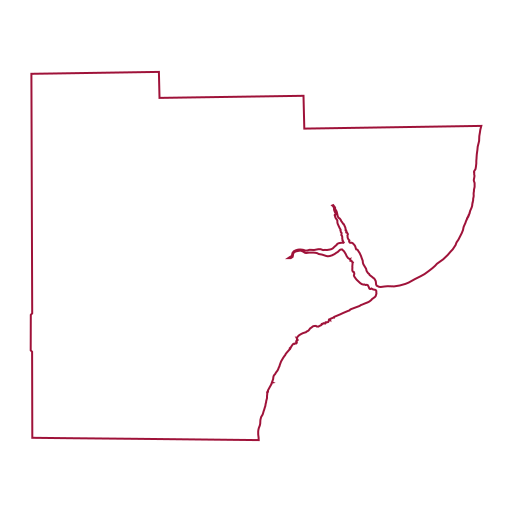 Corpen Aike, Santa Cruz, Argentina
{"feature_id": "61730980B24902089769894", "entity_name": "Corpen Aike", "entity_type": "district", "adm_level": 2, "iso_a3": "ARG", "parent_name": "Argentina", "parent_adm1": "Santa Cruz", "projection": "orthographic", "projection_center": [-68.391, -49.985], "detail": "fine", "context": "isolated", "style": "outline", "palette": "rose", "viewbox_px": 512, "rotation_deg": 0, "n_neighbors": 0, "source": "geoboundaries", "source_scale": "gbopen_adm2", "svg_char_len": 6016}
<svg xmlns="http://www.w3.org/2000/svg" viewBox="0 0 512 512"><path d="M31.4,73.8L32.2,313.3L30.8,314.9L30.7,350.3L32.1,351.8L32.3,437.8L69.2,438.2L134.6,438.8L258.7,440.1L258.6,437.7L258.2,434.4L258.2,431.4L258.4,429.8L258.8,428.1L259.8,425.5L260.2,423.7L260.4,420.0L260.7,418.7L261.2,416.9L262.5,414.8L262.9,413.8L263.6,411.3L264.2,409.6L264.9,407.2L265.3,406.1L265.7,403.6L266.1,402.3L266.2,401.1L267.0,398.1L267.0,396.1L267.3,393.6L267.2,393.4L267.3,392.6L267.2,392.4L267.5,392.2L267.3,392.0L267.4,391.9L268.0,391.5L267.9,390.6L268.0,390.5L268.0,390.3L268.5,389.4L269.8,387.0L271.1,384.7L271.3,384.1L271.5,384.0L271.8,382.8L272.1,382.6L272.6,382.5L272.0,382.2L273.1,379.2L273.4,376.9L273.7,375.9L274.1,375.2L275.1,374.1L276.0,372.5L277.4,370.7L278.1,369.4L278.8,367.5L279.4,366.4L279.8,364.9L281.1,361.4L283.2,357.8L284.5,355.9L285.1,355.3L285.5,354.3L286.6,352.8L289.5,349.5L290.0,349.1L290.1,348.9L290.2,348.7L289.9,348.7L290.0,348.2L289.9,348.1L291.2,346.8L291.7,345.9L292.9,344.3L293.4,343.9L294.2,343.6L294.6,343.9L296.1,343.0L296.3,343.0L296.4,343.4L297.0,343.7L296.7,343.3L296.7,342.6L296.8,342.3L296.3,342.1L296.2,341.6L296.2,341.2L296.5,341.0L296.8,340.5L297.1,340.3L296.9,340.0L297.0,339.5L297.3,339.7L297.3,339.9L297.6,339.8L297.4,339.4L297.2,339.4L297.0,339.2L297.0,338.6L296.9,338.4L297.1,338.5L296.7,338.0L296.8,337.7L298.7,335.6L299.5,335.0L301.2,334.0L302.8,333.2L304.6,332.6L306.0,332.2L306.6,331.5L307.5,331.2L308.4,330.6L309.4,329.5L309.9,328.6L311.5,327.5L313.0,326.3L314.2,326.0L315.9,325.9L316.7,326.5L318.4,326.6L319.3,326.0L321.1,325.2L321.4,324.8L321.5,324.3L321.7,324.0L322.4,324.2L322.9,323.8L323.2,323.3L323.5,323.2L324.0,323.2L324.7,323.5L325.3,323.5L325.6,323.1L325.5,322.6L325.6,322.3L326.0,322.2L326.5,322.3L327.6,322.2L328.2,322.0L328.7,321.2L328.9,319.8L329.0,319.5L329.5,319.5L329.8,319.7L330.2,320.0L330.1,319.2L330.2,318.9L333.6,317.5L334.0,317.6L334.1,317.3L334.0,317.1L334.1,316.9L340.1,314.4L343.1,313.0L347.8,311.0L349.5,310.4L350.0,309.7L350.5,309.5L350.7,309.3L351.1,309.1L359.7,305.9L360.6,305.2L368.5,302.0L369.5,301.4L371.3,300.0L371.9,299.2L374.9,297.0L375.7,296.0L376.4,293.7L376.4,293.1L376.3,292.3L376.3,291.0L376.0,290.4L375.5,289.9L373.0,289.4L371.4,288.5L370.6,289.0L370.0,289.0L369.3,288.5L368.7,286.9L367.8,285.2L366.8,284.8L365.5,285.0L364.5,284.5L363.5,284.6L361.7,284.1L360.1,283.0L356.7,279.8L355.8,278.7L354.2,276.4L353.9,275.2L354.0,274.9L354.2,274.5L354.3,273.5L354.2,273.0L354.0,272.7L353.8,272.0L352.8,271.6L352.3,270.4L352.3,268.7L352.4,267.8L352.3,266.6L352.6,262.8L352.9,262.5L352.6,262.1L351.9,261.6L351.8,261.3L351.1,260.8L350.9,260.8L351.0,260.6L350.7,260.5L350.5,260.1L350.0,259.7L350.0,259.4L350.1,259.1L349.9,259.2L347.9,257.9L346.6,256.0L345.7,254.0L344.1,251.4L342.0,249.4L340.6,249.6L339.9,249.9L337.6,252.1L336.4,252.7L335.4,253.5L333.4,254.7L332.7,254.9L332.4,255.2L329.9,256.0L327.9,256.3L326.3,256.0L322.1,254.6L318.7,254.0L317.3,253.2L315.5,252.8L313.5,252.6L309.1,252.6L306.1,253.0L305.0,252.8L302.9,251.5L301.0,250.7L299.5,250.7L296.2,251.3L294.8,251.9L293.9,252.6L293.2,253.5L292.9,255.6L292.6,256.9L290.8,258.1L288.3,258.1L289.8,257.1L291.4,256.2L291.9,255.7L292.5,253.0L293.8,251.3L295.8,250.3L297.1,249.9L298.3,249.6L300.4,249.5L303.0,249.8L305.6,250.6L307.2,250.5L309.6,249.8L314.1,250.0L318.3,249.2L320.6,249.2L323.1,250.1L324.8,249.9L327.0,250.0L330.0,249.5L331.5,249.1L332.9,248.3L334.3,246.9L336.7,244.8L337.3,243.9L338.3,243.4L339.2,243.1L341.8,242.7L343.4,242.8L343.7,242.4L343.1,241.9L343.0,241.0L342.4,240.2L342.5,239.4L342.2,238.3L342.3,237.2L342.0,235.9L341.3,235.0L341.5,234.2L341.6,233.0L340.8,232.0L340.7,230.9L340.4,230.4L340.6,229.7L339.6,228.0L337.7,223.8L337.4,222.6L337.3,220.3L335.7,218.1L335.2,216.9L335.0,215.9L334.7,215.3L334.8,214.8L335.6,214.5L335.8,213.8L335.7,213.3L335.1,212.5L334.4,210.8L334.1,209.9L334.0,208.9L334.1,208.3L333.7,207.2L333.5,206.9L333.4,206.5L332.3,205.5L333.2,205.1L334.8,207.2L335.2,208.1L334.9,209.0L335.0,209.6L335.9,210.1L336.6,211.5L336.9,212.5L337.8,216.5L338.6,217.8L339.8,218.6L340.8,220.0L341.3,221.2L342.5,222.7L342.9,223.6L343.8,224.2L345.3,227.5L345.6,229.1L345.6,230.2L346.1,230.3L346.5,231.3L346.2,231.7L346.2,232.4L347.1,232.7L347.3,233.2L347.6,233.5L347.9,234.2L347.4,235.7L347.6,236.4L347.6,237.2L347.7,237.8L348.4,239.3L349.4,240.4L349.1,241.4L349.4,242.1L349.8,242.6L350.2,242.8L351.5,242.7L352.6,243.1L354.4,245.0L355.0,245.9L355.5,247.2L355.9,248.7L356.2,249.3L356.6,249.3L357.8,250.1L358.5,251.4L359.5,252.8L361.0,256.0L361.6,257.8L362.7,260.7L362.9,262.8L363.4,264.3L366.1,268.8L366.5,270.7L367.1,271.8L368.2,273.3L369.1,273.9L369.6,275.0L372.5,277.2L373.1,277.8L374.2,278.5L375.1,279.9L375.7,281.1L375.9,282.3L376.1,284.5L376.7,285.7L379.0,286.8L380.7,287.0L384.4,286.5L387.7,286.2L394.1,286.4L399.7,285.5L405.4,283.9L408.6,282.6L414.9,279.1L420.7,276.2L424.5,274.1L428.5,271.2L432.5,268.1L435.1,265.8L436.9,263.8L443.2,259.3L447.7,255.0L450.6,251.6L452.7,249.4L455.6,245.0L456.1,243.5L456.6,242.3L458.4,239.7L461.8,233.0L463.0,230.0L463.5,227.5L463.8,226.5L465.5,222.7L465.9,221.4L466.3,220.5L466.3,220.3L466.7,219.7L467.0,218.9L467.0,218.6L467.3,218.5L467.3,218.0L467.5,217.5L467.8,217.1L467.9,216.8L468.1,216.8L468.1,216.6L468.5,216.1L468.5,215.6L468.8,215.4L468.8,214.7L469.1,214.5L469.3,214.0L469.4,213.5L469.7,213.0L469.6,212.8L469.7,212.3L470.0,211.8L470.1,211.0L471.3,208.3L471.9,206.7L472.3,204.9L472.2,204.5L472.4,203.7L472.4,203.2L472.7,202.7L472.6,202.4L473.1,200.6L473.1,200.3L473.2,198.6L473.6,196.8L473.7,195.6L473.6,193.8L473.7,192.6L474.0,190.8L473.9,190.1L474.1,189.1L474.6,186.9L474.6,184.3L474.6,183.4L474.5,182.6L474.1,181.6L473.8,180.4L473.9,179.3L474.2,177.9L474.5,175.9L474.2,174.4L474.2,172.4L474.0,172.2L474.0,171.9L474.1,171.3L475.5,169.1L475.9,166.9L476.3,163.4L476.3,160.9L476.5,158.7L476.6,156.8L476.8,154.2L477.4,149.9L477.7,146.7L479.1,141.0L479.3,136.1L479.9,132.6L480.3,129.8L481.3,125.9L324.9,128.3L304.3,128.6L303.5,95.8L159.5,97.9L158.9,71.9L53.0,73.5L31.4,73.8Z" fill="none" stroke="#9f1239" stroke-width="2"/></svg>